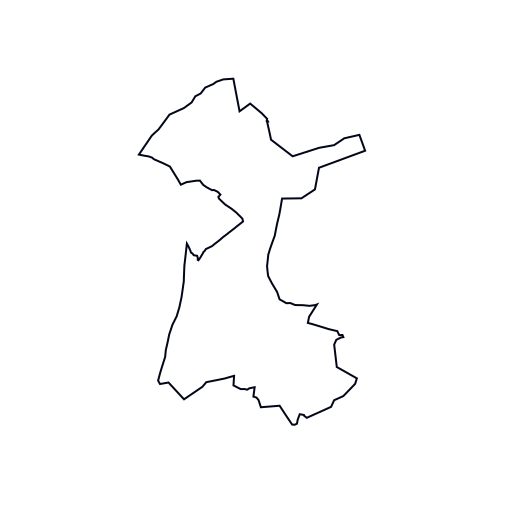 Yola South, Adamawa, Nigeria (Equal Earth projection), rotated 223°
{"feature_id": "59680162B24147659958725", "entity_name": "Yola South", "entity_type": "district", "adm_level": 2, "iso_a3": "NGA", "parent_name": "Nigeria", "parent_adm1": "Adamawa", "projection": "equal_earth", "projection_center": [12.362, 9.242], "detail": "fine", "context": "isolated", "style": "outline", "palette": "ink", "viewbox_px": 512, "rotation_deg": 223, "n_neighbors": 0, "source": "geoboundaries", "source_scale": "gbopen_adm2", "svg_char_len": 2716}
<svg xmlns="http://www.w3.org/2000/svg" viewBox="0 0 512 512"><g transform="rotate(223 256 256)"><path d="M357.2,262.6L350.9,270.5L348.4,272.9L343.2,272.0L339.0,272.6L335.5,273.5L333.0,274.2L331.8,275.6L329.8,276.2L327.9,276.8L326.3,276.8L323.9,276.6L323.8,273.5L322.0,272.7L313.8,272.6L305.9,273.9L300.2,274.3L298.3,274.3L297.2,274.2L294.7,274.2L291.4,274.0L289.0,272.4L289.2,271.4L289.3,270.5L289.4,269.8L289.6,268.7L289.8,267.3L290.0,266.0L290.2,264.8L290.4,263.5L290.5,262.2L290.7,261.2L290.7,260.9L290.9,260.1L291.1,258.6L291.3,257.6L291.5,256.2L291.7,255.2L291.9,254.0L292.0,252.8L292.3,251.3L292.5,249.8L292.7,249.0L293.1,246.5L293.3,244.0L293.8,240.5L294.2,238.1L294.4,237.0L294.9,233.2L296.7,228.6L297.4,226.9L297.0,224.5L297.1,222.9L296.6,221.3L296.1,218.8L295.7,217.3L295.2,213.6L295.9,213.4L297.3,214.9L299.2,216.0L302.1,214.1L304.1,214.5L305.9,214.2L307.4,215.0L309.1,215.8L309.4,215.9L309.6,216.0L312.7,217.2L315.0,217.9L311.4,213.1L302.3,200.8L302.3,200.7L301.8,200.1L296.3,193.7L294.5,191.6L291.5,188.2L282.5,175.3L277.0,166.1L272.9,157.8L270.2,148.7L266.0,139.5L264.0,136.2L262.6,134.0L257.8,125.7L253.6,120.2L248.8,110.1L246.1,104.6L242.6,98.1L238.9,96.9L233.7,103.8L210.9,102.1L206.0,123.8L206.3,129.8L195.3,145.1L193.3,148.5L190.3,153.4L184.2,146.0L176.5,148.2L173.5,151.0L171.3,152.2L170.6,154.8L167.5,159.1L162.0,151.4L159.1,152.8L155.9,152.4L149.3,148.7L136.6,162.6L126.0,160.0L116.5,157.8L115.2,157.5L114.5,157.4L112.6,159.0L111.7,161.3L113.9,164.8L116.1,170.1L115.1,170.8L114.0,171.5L112.4,172.4L111.9,172.0L108.5,172.3L98.2,196.9L100.5,203.8L96.6,213.1L96.3,230.1L98.8,235.3L121.2,229.9L129.2,236.7L138.4,244.5L140.1,249.5L138.2,254.5L136.8,256.2L138.9,257.2L141.2,254.9L145.3,256.5L152.8,252.2L169.0,244.3L172.4,242.4L175.7,247.7L178.4,262.1L179.2,260.5L182.9,256.0L187.8,252.3L189.9,250.5L191.5,249.0L194.0,246.8L198.8,245.0L201.6,242.2L209.2,240.4L216.1,244.1L225.8,246.9L233.4,249.6L236.8,252.4L241.0,256.1L244.4,260.7L246.3,263.2L247.9,265.3L250.6,270.8L253.4,277.2L256.1,283.6L260.2,290.1L263.0,294.7L267.1,302.0L270.7,307.6L271.3,308.5L276.1,315.8L262.1,329.2L258.3,344.9L270.1,363.5L248.0,407.4L263.0,415.1L271.7,402.3L274.5,390.3L283.6,378.2L297.2,353.9L324.3,351.3L328.3,354.1L332.3,356.9L335.3,358.9L339.5,361.8L338.9,362.5L339.5,362.7L340.4,362.2L341.4,363.9L349.3,364.3L364.2,363.5L366.7,350.6L371.9,354.4L393.5,370.2L400.4,362.8L403.8,356.4L404.3,353.9L404.5,352.7L408.0,344.5L407.3,337.1L409.3,331.4L407.8,324.4L409.7,314.7L409.8,314.6L415.7,300.4L414.3,288.5L413.6,282.0L414.1,276.4L414.3,272.9L410.8,250.3L405.9,253.3L402.8,255.4L399.4,257.0L396.5,257.2L386.9,260.6L380.0,262.7L365.3,258.7L359.6,256.9L357.2,262.6Z" fill="none" stroke="#020617" stroke-width="2"/></g></svg>